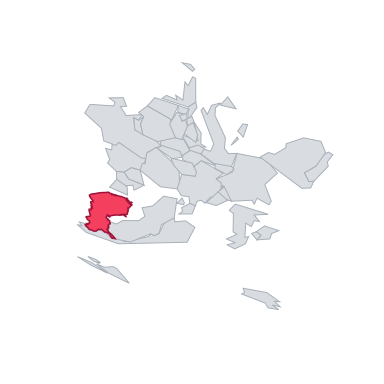 Europe, with Finland highlighted, rotated 208°
{"feature_id": "FIN", "entity_name": "Finland", "entity_type": "country or territory", "adm_level": 0, "iso_a3": "FIN", "parent_name": "Europe", "parent_adm1": "", "projection": "equal_earth", "projection_center": [24.864, 64.94], "detail": "fine", "context": "in_parent", "style": "filled", "palette": "rose", "viewbox_px": 384, "rotation_deg": 208, "n_neighbors": 37, "source": "natural_earth", "source_scale": "50m", "svg_char_len": 12684}
<svg xmlns="http://www.w3.org/2000/svg" viewBox="0 0 384 384"><g transform="rotate(208 192 192)"><path d="M204.6,82.0L227.1,81.2L242.6,83.6L233.9,84.5L226.8,89.0L222.6,89.1L204.6,82.0ZM277.6,112.7L268.2,114.6L269.7,111.9L264.8,110.4L253.6,116.3L240.4,113.5L235.0,117.2L227.8,116.6L209.1,132.5L208.8,135.8L204.9,135.7L201.7,140.0L201.7,154.4L195.6,160.7L193.2,157.6L184.1,163.5L172.8,162.1L172.7,145.4L232.7,111.7L266.3,106.7L278.1,109.4L273.4,110.4L277.6,112.7ZM262.7,81.2L247.7,82.6L228.5,80.6L247.4,80.0L262.7,81.2ZM253.6,86.2L245.8,87.3L239.6,86.7L242.1,86.0L240.0,85.3L247.2,84.8L253.6,86.2Z" fill="#d9dde1" stroke="#a8b0b8" stroke-width="1"/><path d="M152.8,202.4L176.8,214.8L165.8,228.5L170.5,247.1L142.6,255.6L125.5,248.8L131.2,232.8L117.7,221.1L118.0,216.8L131.7,217.0L131.3,210.4L135.2,212.9L152.8,202.4ZM175.8,260.4L179.5,251.4L177.9,261.7L175.8,260.4Z" fill="#d9dde1" stroke="#a8b0b8" stroke-width="1"/><path d="M195.6,160.7L203.6,148.7L201.7,140.0L204.9,135.7L208.8,135.8L223.0,118.8L238.0,114.5L249.0,119.1L250.3,127.2L243.5,128.4L240.1,134.1L225.6,141.7L222.2,148.4L228.7,154.6L220.1,161.4L215.1,175.0L202.0,179.0L195.6,160.7Z" fill="#d9dde1" stroke="#a8b0b8" stroke-width="1"/><path d="M268.4,174.7L280.2,178.0L279.9,182.0L288.8,190.0L282.7,191.5L285.1,197.0L279.8,201.5L248.0,200.0L248.0,186.9L257.0,184.9L261.2,177.6L268.4,174.7Z" fill="#d9dde1" stroke="#a8b0b8" stroke-width="1"/><path d="M302.1,235.0L309.3,236.2L297.1,243.0L290.0,237.0L295.2,233.8L286.0,228.6L272.1,237.2L272.8,230.2L278.3,230.3L271.7,220.1L254.1,222.4L241.2,218.3L249.8,206.6L248.0,200.0L252.7,198.2L279.8,201.5L281.3,197.3L293.9,195.7L301.8,205.7L323.8,211.4L323.2,221.5L301.6,231.2L302.1,235.0Z" fill="#d9dde1" stroke="#a8b0b8" stroke-width="1"/><path d="M248.0,186.9L249.3,193.7L246.6,194.8L250.3,205.0L244.4,214.8L214.5,206.6L206.0,192.1L206.5,187.8L222.3,181.8L248.0,186.9Z" fill="#d9dde1" stroke="#a8b0b8" stroke-width="1"/><path d="M217.5,220.1L212.5,228.8L206.0,230.3L182.1,226.2L198.4,224.0L202.1,215.7L215.4,216.2L217.5,220.1Z" fill="#d9dde1" stroke="#a8b0b8" stroke-width="1"/><path d="M241.2,218.3L244.0,221.6L236.0,231.0L223.8,234.4L213.5,227.7L217.5,220.1L241.2,218.3Z" fill="#d9dde1" stroke="#a8b0b8" stroke-width="1"/><path d="M262.2,219.5L271.7,220.1L278.3,230.3L272.8,230.2L270.0,236.0L269.4,228.0L262.2,219.5Z" fill="#d9dde1" stroke="#a8b0b8" stroke-width="1"/><path d="M270.0,236.0L276.5,237.2L271.8,247.1L244.9,246.3L232.2,232.1L246.1,220.3L262.2,219.5L269.4,228.0L270.0,236.0Z" fill="#d9dde1" stroke="#a8b0b8" stroke-width="1"/><path d="M261.2,177.6L257.0,184.9L248.0,186.9L237.5,175.4L254.0,173.6L261.2,177.6Z" fill="#d9dde1" stroke="#a8b0b8" stroke-width="1"/><path d="M264.4,167.8L268.4,174.7L261.2,177.6L254.0,173.6L237.5,175.4L244.1,166.4L247.4,170.3L255.3,165.2L264.4,167.8Z" fill="#d9dde1" stroke="#a8b0b8" stroke-width="1"/><path d="M267.1,157.6L264.4,167.8L251.7,166.2L247.6,159.0L267.1,157.6Z" fill="#d9dde1" stroke="#a8b0b8" stroke-width="1"/><path d="M206.5,187.8L209.4,202.7L196.5,207.5L202.1,215.7L198.4,224.0L173.0,223.1L176.8,214.8L170.3,213.7L168.1,208.3L169.1,198.4L173.2,196.3L175.4,188.1L179.8,189.0L183.1,186.3L182.5,181.2L188.6,181.0L192.5,186.4L199.7,183.8L206.5,187.8Z" fill="#d9dde1" stroke="#a8b0b8" stroke-width="1"/><path d="M243.5,243.8L244.9,246.3L271.8,247.1L269.2,257.8L244.7,262.0L243.5,243.8Z" fill="#d9dde1" stroke="#a8b0b8" stroke-width="1"/><path d="M261.3,301.5L253.3,304.0L247.2,301.6L248.2,298.8L261.3,301.5ZM235.3,265.2L262.5,260.6L259.9,265.3L248.4,266.2L251.8,269.8L243.1,268.9L249.9,285.9L245.4,284.1L245.5,294.0L242.1,294.1L230.8,273.0L235.3,265.2Z" fill="#d9dde1" stroke="#a8b0b8" stroke-width="1"/><path d="M235.3,265.2L230.8,273.0L227.3,269.0L229.3,253.4L235.3,265.2Z" fill="#d9dde1" stroke="#a8b0b8" stroke-width="1"/><path d="M215.1,229.8L228.1,237.6L210.7,240.2L223.1,254.8L211.6,248.3L206.8,238.6L200.9,238.2L215.1,229.8Z" fill="#d9dde1" stroke="#a8b0b8" stroke-width="1"/><path d="M182.9,223.7L185.9,230.0L171.0,234.3L165.4,231.3L169.6,223.6L182.9,223.7Z" fill="#d9dde1" stroke="#a8b0b8" stroke-width="1"/><path d="M166.9,208.5L168.3,212.2L166.0,211.8L166.9,208.5Z" fill="#d9dde1" stroke="#a8b0b8" stroke-width="1"/><path d="M169.1,204.4L166.0,211.8L152.8,202.4L164.2,200.6L169.1,204.4Z" fill="#d9dde1" stroke="#a8b0b8" stroke-width="1"/><path d="M174.3,189.3L169.1,204.4L156.6,201.3L164.3,191.4L174.3,189.3Z" fill="#d9dde1" stroke="#a8b0b8" stroke-width="1"/><path d="M89.5,258.6L93.7,256.0L101.9,261.7L94.7,273.0L95.5,283.1L90.3,291.3L85.1,291.1L86.7,281.9L83.8,278.8L89.5,258.6Z" fill="#d9dde1" stroke="#a8b0b8" stroke-width="1"/><path d="M92.5,289.5L94.7,273.0L101.9,261.7L93.7,256.0L89.5,258.6L89.1,251.3L96.7,246.8L148.3,254.8L143.1,262.7L136.7,264.1L130.0,275.1L131.5,278.8L118.7,292.3L101.9,297.2L92.5,289.5Z" fill="#d9dde1" stroke="#a8b0b8" stroke-width="1"/><path d="M116.6,187.1L112.1,196.1L97.2,198.6L102.2,192.7L101.2,187.1L112.2,180.2L110.8,186.1L116.6,187.1Z" fill="#d9dde1" stroke="#a8b0b8" stroke-width="1"/><path d="M186.5,227.5L202.1,229.8L202.4,235.4L194.7,236.7L195.4,244.7L222.3,268.3L221.7,271.8L214.9,267.7L215.4,277.7L208.4,284.2L210.8,277.3L207.6,270.3L187.9,255.5L183.9,245.7L177.8,243.0L170.5,247.1L169.1,233.0L186.5,227.5ZM192.1,286.1L207.7,282.1L205.1,292.7L192.1,286.1ZM172.5,264.5L180.3,267.4L179.0,275.9L174.6,277.7L172.5,264.5Z" fill="#d9dde1" stroke="#a8b0b8" stroke-width="1"/><path d="M188.6,181.0L182.5,181.2L181.6,172.7L193.1,166.5L191.2,170.9L193.8,173.1L188.6,181.0ZM199.9,175.0L198.0,182.0L193.7,179.0L193.4,176.8L199.9,175.0Z" fill="#d9dde1" stroke="#a8b0b8" stroke-width="1"/><path d="M116.6,187.1L110.8,186.1L112.2,180.2L119.8,183.4L116.6,187.1ZM129.9,189.7L124.0,176.7L121.1,179.3L120.5,171.4L127.6,161.9L136.1,161.8L130.3,167.4L139.5,166.7L132.6,175.7L137.0,176.1L145.3,192.4L150.5,193.4L148.1,201.6L114.2,208.1L126.3,200.9L118.6,197.6L123.6,195.9L123.4,189.2L129.9,189.7Z" fill="#d9dde1" stroke="#a8b0b8" stroke-width="1"/><path d="M100.3,125.2L98.3,128.0L101.7,131.0L78.7,138.3L63.1,136.2L67.9,134.2L60.2,132.0L68.0,129.9L60.2,128.9L70.4,125.4L75.2,128.3L100.3,125.2Z" fill="#d9dde1" stroke="#a8b0b8" stroke-width="1"/><path d="M202.1,229.8L213.5,227.7L215.1,229.8L208.9,236.3L201.3,236.0L202.1,229.8Z" fill="#d9dde1" stroke="#a8b0b8" stroke-width="1"/><path d="M243.4,214.4L240.2,218.9L221.4,222.3L217.1,218.1L225.1,212.0L243.4,214.4Z" fill="#d9dde1" stroke="#a8b0b8" stroke-width="1"/><path d="M209.4,202.7L220.7,207.0L226.5,212.0L205.4,217.6L197.4,211.7L196.5,207.5L209.4,202.7Z" fill="#d9dde1" stroke="#a8b0b8" stroke-width="1"/><path d="M223.6,253.7L213.8,245.0L211.8,237.6L227.9,239.9L228.1,247.9L223.6,253.7Z" fill="#d9dde1" stroke="#a8b0b8" stroke-width="1"/><path d="M242.0,255.8L244.7,262.0L233.3,263.6L234.2,257.5L242.0,255.8Z" fill="#d9dde1" stroke="#a8b0b8" stroke-width="1"/><path d="M225.6,233.5L232.2,232.1L243.8,241.6L242.8,254.9L238.1,256.2L234.6,249.8L231.8,252.7L227.0,248.2L225.6,233.5Z" fill="#d9dde1" stroke="#a8b0b8" stroke-width="1"/><path d="M230.9,254.1L227.4,258.6L223.1,254.8L227.0,248.2L230.9,254.1Z" fill="#d9dde1" stroke="#a8b0b8" stroke-width="1"/><path d="M233.3,258.7L230.9,254.1L233.7,250.1L239.1,253.5L233.3,258.7Z" fill="#d9dde1" stroke="#a8b0b8" stroke-width="1"/><path d="M251.3,128.0L250.9,127.2L250.6,126.9L250.3,126.5L249.7,126.4L249.5,126.1L249.5,125.9L249.4,125.6L249.4,125.3L249.5,125.1L249.8,125.0L250.2,124.7L250.3,124.2L250.5,123.9L250.6,123.7L250.2,123.2L249.8,122.9L249.4,122.7L249.3,122.4L249.2,122.2L249.3,122.0L249.4,121.8L249.8,121.7L249.7,121.2L249.4,121.1L248.7,121.1L248.7,120.8L248.9,120.5L249.0,120.4L248.8,120.1L248.8,119.7L248.8,119.4L249.3,119.1L248.7,118.8L248.3,118.5L248.1,118.3L247.6,118.3L247.3,117.8L246.4,117.4L246.1,117.3L244.5,117.0L243.9,116.9L243.1,116.8L242.5,116.6L242.1,116.4L241.7,116.3L241.1,116.1L240.9,116.0L240.3,115.7L240.0,115.6L239.0,115.3L239.0,115.1L237.9,114.7L238.1,114.6L239.0,114.6L239.6,114.7L239.8,114.7L239.6,114.2L239.9,113.9L240.4,113.8L241.2,113.8L241.7,113.8L241.8,113.8L242.5,114.3L243.1,114.7L243.5,114.9L244.3,115.5L244.6,115.8L244.7,116.0L245.0,116.0L247.2,116.2L247.5,116.3L248.2,116.3L248.7,116.2L249.6,116.0L250.2,115.6L250.8,115.7L252.0,116.0L253.4,116.3L253.8,116.4L254.3,116.5L254.9,116.3L255.2,115.8L255.5,115.6L255.9,115.4L256.4,115.4L256.8,115.3L257.0,115.2L257.4,114.9L257.5,114.6L257.4,114.0L257.5,113.8L257.8,113.5L258.2,112.6L258.4,112.4L258.6,112.2L258.9,112.1L259.5,111.9L260.3,111.4L260.5,111.3L261.1,111.3L261.8,111.3L262.5,111.4L262.9,111.4L263.4,111.2L264.3,110.9L264.9,110.8L265.4,110.8L266.0,111.2L266.9,111.5L267.4,111.7L268.9,112.1L270.2,112.3L271.0,113.1L270.6,113.4L270.4,113.5L269.8,113.8L269.2,114.2L269.1,114.4L269.4,114.7L269.6,114.8L268.1,115.2L267.6,115.3L268.7,115.4L268.8,115.4L268.9,115.5L269.0,115.6L268.9,115.8L267.9,116.7L267.8,116.9L268.2,117.4L268.7,118.1L271.3,118.6L272.0,119.1L273.1,119.9L273.8,120.1L273.7,120.7L272.9,121.2L272.3,121.6L271.6,122.1L271.0,122.6L270.5,123.1L270.4,123.2L270.4,123.4L270.5,123.6L271.3,124.2L272.0,124.9L272.3,125.3L272.5,125.7L272.9,126.0L273.4,126.4L273.8,126.8L274.0,127.1L274.6,128.1L274.7,128.4L274.7,128.6L274.4,128.6L273.8,128.6L273.2,128.8L273.6,129.0L273.2,129.5L273.2,130.1L272.9,130.4L272.8,130.5L273.6,130.6L273.7,130.9L273.7,131.1L273.3,131.2L272.9,131.4L272.8,131.5L273.0,131.9L273.3,132.2L273.6,132.4L274.8,132.6L275.0,132.9L275.0,133.1L274.5,133.5L274.7,134.0L275.0,134.4L276.1,134.7L276.5,134.9L276.6,135.1L276.7,135.4L276.7,135.7L276.7,135.9L276.3,136.2L275.5,136.9L274.7,137.1L274.9,137.4L276.4,138.3L278.7,139.2L279.6,139.6L279.9,139.9L280.2,140.3L280.7,140.5L281.0,140.8L281.1,141.1L280.7,141.6L280.5,142.0L280.2,142.6L279.8,143.0L278.8,143.7L277.4,144.7L277.0,145.0L276.3,145.4L275.2,146.4L274.9,146.7L273.9,147.4L273.4,147.7L273.1,147.9L272.1,148.7L270.1,149.8L269.8,150.1L268.7,150.6L266.2,152.3L265.7,152.5L265.1,152.6L264.9,152.7L263.9,152.3L263.2,152.4L262.7,152.7L261.8,152.7L261.3,152.8L261.0,152.9L260.9,152.7L261.1,152.3L261.3,152.0L261.3,151.9L261.1,151.9L260.8,152.3L260.7,152.7L260.3,152.9L259.6,153.0L258.9,152.6L258.6,152.6L258.8,152.9L258.9,153.1L258.9,153.3L258.6,153.3L258.1,153.4L257.8,153.7L257.6,153.7L257.4,153.3L256.9,153.5L256.5,153.7L255.7,153.8L255.3,154.0L254.4,154.2L254.0,154.2L253.0,154.4L252.6,154.8L252.3,154.9L251.9,154.8L250.6,154.9L249.3,155.2L248.7,155.1L248.2,155.0L247.6,155.3L247.0,155.8L246.3,155.9L246.1,155.8L246.3,155.6L246.7,155.4L247.1,155.1L247.1,154.9L246.9,154.8L246.6,154.7L246.3,154.5L245.9,153.9L245.7,153.9L245.6,154.1L245.5,154.5L245.4,154.6L245.0,154.8L244.8,154.8L244.0,154.8L243.9,154.6L244.1,154.3L244.0,154.2L244.3,154.0L244.5,154.0L244.6,153.9L244.6,153.7L244.3,153.7L244.5,153.2L244.3,153.1L243.2,153.0L241.9,152.5L241.6,152.5L241.4,152.1L241.0,152.1L240.6,152.4L240.2,152.2L239.8,152.0L239.7,151.8L239.7,151.6L239.7,151.2L239.6,150.8L239.6,150.2L239.7,149.8L240.0,149.5L240.1,149.3L240.2,148.7L240.3,148.1L240.2,147.9L240.2,147.7L240.5,147.7L240.4,147.6L240.2,147.4L240.3,147.3L240.6,147.3L240.7,147.2L240.5,146.9L240.4,146.7L240.1,146.2L239.8,145.7L239.3,145.3L239.5,144.7L239.7,144.2L239.6,143.7L239.0,143.3L238.9,142.8L238.8,142.3L238.8,142.0L238.9,141.8L239.2,141.6L240.3,140.8L240.3,140.4L241.0,140.4L240.7,140.1L240.7,139.9L240.6,139.6L241.7,139.5L242.1,139.6L243.0,139.5L243.8,139.1L243.7,138.8L243.5,138.6L243.9,138.5L243.8,138.4L244.1,138.3L244.6,137.9L244.7,137.6L245.6,137.4L246.6,136.8L247.1,136.6L247.6,136.5L248.6,135.8L249.0,135.8L249.2,135.4L250.0,134.8L250.3,134.8L250.7,134.3L251.7,133.7L252.4,132.9L252.7,132.7L252.8,132.4L253.2,132.4L253.6,132.2L254.4,132.0L255.1,132.1L255.4,132.2L255.7,132.1L255.7,131.9L255.5,131.7L256.1,131.5L256.0,131.2L255.9,131.1L255.6,130.9L255.8,130.5L255.8,130.0L256.0,129.4L255.5,129.1L254.0,128.6L253.7,128.7L253.3,128.6L252.9,128.2L253.1,127.9L252.8,127.9L252.2,128.1L251.6,128.0L251.3,128.0ZM242.9,153.2L243.4,153.3L243.6,153.2L243.9,153.5L243.4,153.6L243.4,153.9L243.6,154.0L243.2,154.2L242.9,153.8L242.7,153.7L242.6,153.4L242.7,153.2L242.9,153.2ZM254.0,131.6L253.4,131.7L252.9,131.6L252.9,131.3L253.2,131.2L253.7,131.2L254.5,131.3L254.2,131.4L254.0,131.6ZM239.3,139.5L239.6,139.5L239.9,139.4L240.1,139.4L240.1,139.7L239.9,139.6L239.7,139.8L239.0,139.7L238.8,139.3L239.4,139.3L239.3,139.5ZM239.9,152.4L239.8,152.6L239.5,152.6L239.2,152.6L239.0,152.4L238.9,152.0L239.0,151.9L239.3,152.0L239.9,152.4ZM242.1,153.3L241.8,153.3L241.4,153.1L241.5,152.9L241.4,152.8L241.4,152.7L241.8,152.8L241.9,153.0L242.1,153.2L242.1,153.3ZM241.4,154.3L241.0,154.5L240.8,154.4L240.9,154.1L241.1,154.0L241.6,154.0L241.4,154.3ZM240.6,154.4L240.2,154.5L240.0,154.4L240.1,154.2L240.3,154.1L240.6,154.1L240.6,154.3L240.6,154.4Z" fill="#f43f5e" stroke="#9f1239" stroke-width="1.5"/></g></svg>